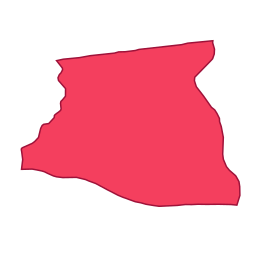 the district of Canillá, Baja Verapaz, Guatemala, rotated 267°
{"feature_id": "79465075B48890406696018", "entity_name": "Canillá", "entity_type": "district", "adm_level": 2, "iso_a3": "GTM", "parent_name": "Guatemala", "parent_adm1": "Baja Verapaz", "projection": "equal_earth", "projection_center": [-90.865, 15.202], "detail": "fine", "context": "isolated", "style": "filled", "palette": "rose", "viewbox_px": 256, "rotation_deg": 267, "n_neighbors": 0, "source": "geoboundaries", "source_scale": "gbopen_adm2", "svg_char_len": 1293}
<svg xmlns="http://www.w3.org/2000/svg" viewBox="0 0 256 256"><g transform="rotate(267 128 128)"><path d="M199.0,60.2L191.3,65.6L189.5,65.7L186.6,64.0L185.4,62.7L184.7,62.1L181.8,60.7L179.0,61.1L170.6,67.7L163.0,67.2L159.5,64.0L158.1,62.4L156.2,61.9L150.6,62.2L149.1,61.6L147.4,59.3L146.6,58.0L146.0,57.1L145.0,55.7L144.2,55.1L142.3,54.9L136.6,49.1L136.1,44.0L135.0,42.4L132.2,40.8L123.2,38.1L119.3,34.0L117.7,31.6L114.0,22.0L113.2,20.6L111.9,20.3L109.8,20.6L102.0,21.2L92.3,19.5L92.0,30.1L91.0,34.4L89.6,39.7L88.7,42.2L87.0,45.2L84.0,51.1L83.0,54.1L81.9,60.3L81.4,74.0L78.7,83.0L77.2,86.0L74.3,92.8L67.5,104.0L61.4,114.5L59.0,119.5L57.8,122.5L56.7,125.0L54.0,131.4L52.6,137.0L50.9,142.0L49.2,149.8L48.2,155.0L48.1,173.1L48.6,181.3L48.2,187.7L48.2,193.9L47.6,202.7L47.1,214.6L46.2,226.8L45.3,232.7L54.8,236.2L63.7,236.5L68.7,236.0L74.4,233.2L75.2,232.5L80.4,227.1L84.2,224.3L91.7,221.6L96.9,221.2L113.6,222.7L124.6,221.2L129.5,219.8L132.8,219.8L137.9,217.6L141.6,215.5L144.3,212.4L155.8,205.2L165.6,198.4L171.7,196.8L175.2,197.3L191.3,214.7L192.7,216.1L197.4,218.0L202.2,218.5L208.7,217.0L210.7,217.3L209.6,192.1L208.4,185.8L205.9,143.1L205.0,139.3L204.3,129.1L204.5,122.7L203.5,118.4L202.2,94.1L200.8,83.1L200.1,67.0L199.0,60.2Z" fill="#f43f5e" stroke="#9f1239" stroke-width="1.5"/></g></svg>